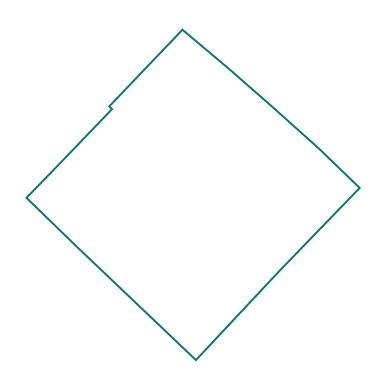 Ingham, Michigan, United States of America, rotated 314°
{"feature_id": "52423323B68700742092753", "entity_name": "Ingham", "entity_type": "district", "adm_level": 2, "iso_a3": "USA", "parent_name": "United States of America", "parent_adm1": "Michigan", "projection": "equal_earth", "projection_center": [-84.365, 42.599], "detail": "fine", "context": "isolated", "style": "outline", "palette": "teal", "viewbox_px": 384, "rotation_deg": 314, "n_neighbors": 0, "source": "geoboundaries", "source_scale": "gbopen_adm2", "svg_char_len": 324}
<svg xmlns="http://www.w3.org/2000/svg" viewBox="0 0 384 384"><g transform="rotate(314 192 192)"><path d="M196.1,73.0L196.1,76.9L119.5,77.1L72.8,77.0L72.6,147.2L73.4,252.5L73.8,311.6L195.6,309.7L311.4,309.8L311.4,253.2L309.1,191.7L306.3,134.0L302.1,72.4L196.1,73.0Z" fill="none" stroke="#0f766e" stroke-width="2"/></g></svg>